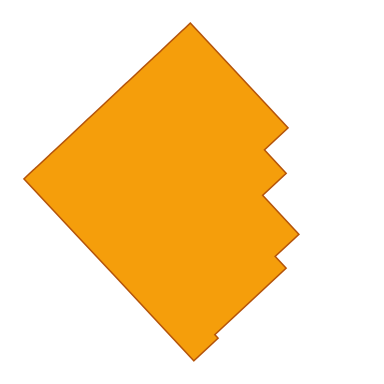 outline of Sheridan, Montana, United States of America, rotated 227°
{"feature_id": "52423323B77016721752679", "entity_name": "Sheridan", "entity_type": "district", "adm_level": 2, "iso_a3": "USA", "parent_name": "United States of America", "parent_adm1": "Montana", "projection": "mercator", "projection_center": [-104.195, 48.694], "detail": "fine", "context": "isolated", "style": "filled", "palette": "amber", "viewbox_px": 384, "rotation_deg": 227, "n_neighbors": 0, "source": "geoboundaries", "source_scale": "gbopen_adm2", "svg_char_len": 968}
<svg xmlns="http://www.w3.org/2000/svg" viewBox="0 0 384 384"><g transform="rotate(227 192 192)"><path d="M316.7,306.0L316.7,305.5L316.6,298.0L316.7,294.2L316.6,285.0L316.6,284.5L316.6,282.5L316.6,282.4L316.6,277.1L316.5,267.1L316.4,264.9L316.5,258.2L316.5,255.2L316.4,253.4L316.5,253.1L316.5,250.1L316.5,241.5L316.4,230.7L316.4,228.0L316.4,220.1L316.5,218.0L316.5,217.5L316.5,214.9L316.5,209.5L316.4,209.0L316.4,206.2L316.4,205.6L316.4,204.0L316.4,203.6L316.3,172.6L316.3,171.1L316.4,165.7L316.3,157.1L316.3,154.0L316.2,135.1L316.2,128.2L316.2,127.5L316.2,125.1L316.2,124.5L316.2,122.9L316.3,114.4L316.2,112.8L316.2,110.8L316.2,102.7L316.2,100.2L316.2,99.1L316.2,96.7L316.2,95.9L316.3,93.9L316.2,93.2L316.3,91.4L316.3,90.3L316.3,82.7L316.2,78.0L238.0,78.1L178.4,78.3L110.7,78.2L67.3,78.2L67.3,111.4L72.1,111.4L72.1,208.9L88.2,208.9L88.1,241.3L141.4,241.4L141.4,273.6L173.4,273.7L173.4,306.0L316.7,306.0Z" fill="#f59e0b" stroke="#b45309" stroke-width="1.5"/></g></svg>